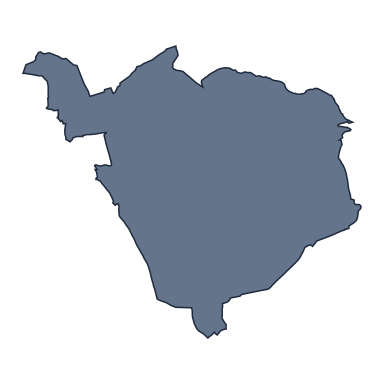 the district of Cetateni, Arges, Romania
{"feature_id": "2599482B24433695468767", "entity_name": "Cetateni", "entity_type": "district", "adm_level": 2, "iso_a3": "ROU", "parent_name": "Romania", "parent_adm1": "Arges", "projection": "equal_earth", "projection_center": [25.212, 45.189], "detail": "fine", "context": "isolated", "style": "filled", "palette": "slate", "viewbox_px": 384, "rotation_deg": 0, "n_neighbors": 0, "source": "geoboundaries", "source_scale": "gbopen_adm2", "svg_char_len": 5846}
<svg xmlns="http://www.w3.org/2000/svg" viewBox="0 0 384 384"><path d="M345.2,229.6L345.1,229.4L346.4,229.2L347.9,228.8L348.9,228.3L349.0,226.2L349.2,225.8L349.8,225.4L353.1,223.3L354.3,222.3L355.1,221.7L356.0,220.9L356.4,220.3L356.8,219.6L357.3,218.3L357.5,217.3L357.5,216.9L357.8,215.8L357.9,214.7L358.1,213.5L358.1,212.3L358.2,211.4L358.4,211.0L359.9,209.5L360.4,208.8L360.6,208.4L361.0,207.1L360.9,206.6L360.7,205.7L360.3,205.3L359.7,204.8L359.2,204.6L358.8,204.5L356.7,204.6L356.2,204.5L355.2,204.2L354.9,203.9L354.4,203.5L354.1,202.7L353.9,202.2L353.9,201.7L354.2,201.0L354.2,200.6L354.1,200.1L353.9,199.9L353.6,199.7L352.8,199.5L351.7,199.4L350.8,199.2L350.4,195.4L348.6,188.7L347.5,180.1L346.6,176.2L346.4,174.3L345.7,172.0L344.6,168.5L343.0,165.1L341.5,162.9L340.6,161.0L338.4,157.7L338.4,157.0L339.0,153.4L340.5,147.8L341.2,146.1L341.7,145.3L342.0,144.4L341.9,143.5L341.3,142.5L341.3,142.3L341.4,141.7L341.4,141.2L341.3,140.8L340.9,140.4L340.7,140.3L339.3,140.1L341.7,138.4L342.0,138.3L342.3,138.0L342.6,137.6L342.2,135.5L342.6,134.1L344.9,131.8L350.3,130.7L350.9,129.5L349.4,128.5L347.3,127.4L345.5,127.3L342.3,126.7L340.8,126.4L338.6,126.3L337.9,125.7L337.8,125.1L339.2,124.2L341.5,123.4L345.9,122.4L347.6,121.4L348.5,123.1L349.6,123.0L350.7,122.8L352.6,122.2L350.3,121.2L349.0,120.4L346.4,119.3L346.0,119.1L345.5,118.7L344.1,117.0L342.8,115.4L342.7,115.0L342.8,114.6L342.8,114.4L342.6,114.1L342.5,113.9L342.0,113.6L341.4,113.4L341.0,113.0L340.2,110.8L339.2,109.0L339.1,108.8L339.0,108.5L338.7,108.1L338.6,107.2L338.4,106.3L338.1,105.7L337.0,104.6L335.7,102.9L335.2,102.2L334.6,100.7L334.2,99.2L333.7,99.3L333.5,98.6L333.3,98.1L333.1,97.8L332.8,97.5L332.3,96.9L332.1,96.5L332.0,96.2L331.7,95.8L331.5,95.7L331.4,95.5L331.4,95.4L329.8,95.2L327.4,93.6L325.2,92.5L317.6,88.5L314.6,88.5L312.9,89.5L310.8,89.3L308.7,89.7L306.0,91.0L305.4,92.4L303.8,93.6L301.3,93.8L300.2,94.2L297.0,94.1L295.6,93.4L293.7,93.4L289.5,91.5L287.0,89.7L285.6,87.7L284.4,84.1L281.7,82.0L278.0,81.0L275.4,80.7L272.2,79.9L269.7,78.1L268.0,78.1L266.5,77.0L265.7,76.9L263.6,77.4L259.8,75.9L256.1,76.2L251.0,72.8L249.7,72.4L248.0,72.7L245.7,72.0L243.9,72.2L242.6,73.0L240.1,73.2L237.1,72.1L235.6,70.1L233.0,70.2L230.0,68.3L225.5,67.7L219.9,68.7L217.8,69.7L212.3,72.7L208.7,74.9L206.7,76.9L205.3,77.4L204.3,78.4L201.7,80.4L201.3,82.3L202.8,87.1L196.0,82.7L189.7,77.1L186.9,75.0L183.0,71.5L180.9,70.9L176.4,70.2L173.6,68.8L172.7,67.7L172.9,63.3L173.4,62.5L178.0,55.6L177.5,51.8L176.3,49.1L175.8,46.0L166.3,49.2L165.2,50.9L157.8,55.6L152.4,59.8L143.3,63.8L140.3,65.9L136.9,66.7L135.3,70.2L131.7,73.5L130.1,75.8L120.0,83.1L120.0,85.5L117.6,86.9L115.4,91.9L113.1,93.4L110.8,87.9L104.6,89.6L104.1,92.0L89.9,96.4L88.3,91.4L84.0,83.6L76.9,65.5L73.6,64.9L66.0,58.5L62.6,59.0L58.6,56.5L49.3,52.9L44.5,53.8L42.4,53.3L40.7,51.9L38.6,52.4L35.7,57.1L35.9,59.2L33.8,61.6L26.0,64.7L23.0,73.4L24.2,73.3L25.0,73.4L33.2,74.7L38.6,75.8L41.7,75.8L43.4,77.2L45.1,79.3L47.2,81.2L48.2,86.2L48.2,95.1L48.6,97.3L47.8,97.8L48.2,105.8L46.4,108.3L48.1,109.0L52.7,109.7L52.8,110.2L54.1,110.8L54.7,110.6L55.8,110.5L57.3,110.4L58.0,110.0L58.3,113.4L58.3,115.6L58.0,115.8L58.2,117.5L57.4,117.6L60.7,121.6L62.1,120.6L63.3,123.9L65.7,123.6L64.8,129.9L64.9,133.8L65.2,135.3L65.6,136.4L65.8,137.5L65.8,138.9L66.0,139.4L66.2,139.7L66.7,140.0L67.7,140.2L68.1,140.4L68.8,141.0L69.4,141.6L69.6,141.8L70.0,141.8L70.4,141.5L71.9,140.0L72.3,139.5L72.7,138.2L72.9,137.9L73.2,137.7L73.8,137.6L75.1,137.1L77.0,136.5L82.9,136.5L82.7,135.6L83.3,135.5L85.9,134.8L87.2,134.6L90.0,134.6L93.8,134.2L94.6,134.1L98.3,133.6L101.1,133.0L102.7,132.8L104.4,132.6L105.2,132.6L105.8,132.5L106.3,132.5L106.2,133.0L104.5,134.4L104.1,135.0L104.2,136.0L104.7,137.9L105.5,141.1L105.9,143.1L107.1,147.7L108.6,152.6L109.5,155.8L110.2,158.7L110.6,159.9L110.9,161.4L111.0,161.8L111.1,162.7L111.5,164.3L111.5,165.0L111.3,165.3L111.0,165.5L110.6,165.7L110.1,165.8L109.3,165.8L108.6,165.7L106.9,165.2L105.2,164.9L104.2,165.0L101.9,165.8L100.3,165.9L99.4,165.9L98.5,165.7L96.6,165.0L96.1,164.9L95.7,164.9L95.2,165.0L94.8,165.3L94.7,165.5L94.6,165.9L97.2,169.4L95.1,169.5L96.5,172.1L97.5,177.1L96.0,178.2L96.0,179.5L97.3,179.5L100.6,181.5L100.9,182.0L102.1,183.7L105.0,187.1L106.0,188.5L107.3,190.2L108.6,191.6L109.8,193.2L111.1,195.9L111.5,196.5L112.8,199.8L113.6,201.2L113.6,201.4L112.8,202.5L113.1,203.3L115.3,205.3L115.9,204.4L118.3,203.9L118.2,204.4L118.3,204.9L118.9,205.9L119.0,206.9L118.8,208.5L118.9,210.5L118.8,211.2L119.0,212.3L119.1,214.4L119.4,216.1L120.4,217.6L124.1,221.8L125.5,224.1L128.4,228.1L129.2,229.3L130.2,231.4L130.9,232.9L131.7,234.6L132.6,236.3L133.1,237.1L133.4,237.4L133.8,238.2L136.4,244.3L137.5,246.4L138.6,248.3L140.3,251.2L141.4,253.2L143.1,256.1L144.3,258.7L144.9,259.7L146.9,263.0L148.0,265.5L148.7,267.4L149.0,268.8L149.4,269.5L149.6,270.3L150.0,271.9L150.6,274.3L151.9,279.8L153.2,284.2L153.6,286.0L154.8,289.5L155.2,291.4L155.4,291.7L155.7,293.3L156.0,294.3L156.3,294.8L156.3,295.5L157.2,299.1L160.6,300.7L166.3,302.7L170.8,305.3L175.6,307.3L191.5,307.8L192.2,310.1L192.4,316.8L194.4,324.0L196.8,328.8L199.0,331.1L203.8,334.1L207.8,338.0L211.9,334.7L214.5,332.2L214.8,332.7L215.7,333.9L217.2,335.0L220.8,330.6L224.4,329.2L226.2,329.0L226.0,326.9L226.1,325.6L226.2,325.1L226.2,324.8L225.9,324.2L224.7,322.7L224.0,321.7L223.3,320.4L222.9,319.8L222.7,319.6L222.7,319.4L222.5,319.1L222.1,318.4L222.0,317.8L222.0,317.1L222.3,315.0L222.3,314.3L222.2,312.8L222.2,308.3L222.6,307.3L222.5,303.6L227.0,302.2L228.8,301.0L230.8,297.9L239.9,296.2L241.7,294.4L268.6,289.0L271.0,286.8L271.6,285.9L273.4,284.2L275.3,282.1L276.4,281.1L280.2,277.5L281.6,276.3L282.5,275.3L284.3,273.8L286.0,271.9L292.6,265.7L298.5,259.6L300.1,257.2L302.7,252.4L304.9,247.4L308.7,245.3L310.7,245.0L312.6,246.4L316.8,241.0L328.9,236.4L333.1,234.7L341.6,230.9L344.1,230.2L345.2,229.6Z" fill="#64748b" stroke="#1e293b" stroke-width="1.5"/></svg>